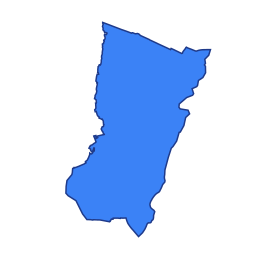 Maracineni, Arges, Romania (Albers equal-area conic projection), rotated 18°
{"feature_id": "2599482B86906431324144", "entity_name": "Maracineni", "entity_type": "district", "adm_level": 2, "iso_a3": "ROU", "parent_name": "Romania", "parent_adm1": "Arges", "projection": "albers", "projection_center": [24.868, 44.908], "detail": "fine", "context": "isolated", "style": "filled", "palette": "blue", "viewbox_px": 256, "rotation_deg": 18, "n_neighbors": 0, "source": "geoboundaries", "source_scale": "gbopen_adm2", "svg_char_len": 5326}
<svg xmlns="http://www.w3.org/2000/svg" viewBox="0 0 256 256"><g transform="rotate(18 128 128)"><path d="M182.2,28.0L178.8,29.1L174.8,30.5L173.2,31.2L171.5,32.1L170.2,33.0L169.3,33.7L168.4,33.9L164.3,33.6L160.1,33.4L158.5,33.1L158.2,33.7L158.0,34.7L157.6,35.9L157.1,37.2L156.7,38.5L156.6,39.0L156.6,39.6L156.6,40.2L156.8,40.7L156.7,40.6L156.3,40.5L155.9,40.5L154.2,40.3L152.0,40.0L151.4,39.9L149.8,39.7L147.8,39.4L144.4,39.0L144.2,40.3L142.6,40.1L141.1,39.9L130.1,38.6L129.6,38.5L128.8,38.4L123.1,37.7L122.2,37.6L121.4,37.5L121.0,37.3L111.3,36.2L109.4,35.3L108.5,35.2L107.8,35.2L107.2,35.5L106.4,35.9L105.9,36.1L105.2,36.1L104.6,36.1L103.6,36.0L102.9,36.0L102.4,36.2L102.3,36.4L102.1,36.7L97.5,36.5L93.2,36.4L91.8,36.4L78.0,35.7L71.3,35.4L71.5,36.1L71.8,36.4L72.3,37.0L72.3,37.4L72.3,38.4L72.4,39.2L72.4,39.5L72.7,39.7L72.9,39.9L73.5,40.9L73.8,42.2L74.5,42.9L75.0,43.0L75.6,43.4L75.8,43.5L76.3,44.5L76.5,44.6L77.3,44.1L77.9,44.0L78.6,44.1L78.8,44.5L78.7,45.2L78.4,46.0L77.3,46.1L77.0,46.2L76.8,46.4L76.8,46.7L77.1,47.2L77.1,47.6L77.9,48.3L78.3,49.2L78.6,50.2L78.5,50.7L78.2,51.3L77.8,51.8L77.9,52.4L78.5,52.5L78.6,52.8L78.4,52.9L78.5,53.1L78.5,53.5L78.4,54.2L78.5,54.8L78.6,55.3L78.3,55.6L78.0,55.7L77.7,56.0L77.8,56.3L78.0,57.0L78.4,57.6L78.7,58.2L78.6,58.8L78.7,59.1L79.3,60.0L79.6,60.7L79.7,61.3L79.8,62.0L80.0,63.3L80.3,64.6L80.6,65.1L80.6,65.6L80.7,66.1L80.6,66.8L80.6,67.5L80.9,68.8L81.1,69.1L81.3,69.4L81.6,70.1L81.6,71.7L82.2,73.5L82.3,74.1L82.3,74.9L82.4,75.6L82.2,76.7L81.2,76.7L81.0,77.2L81.1,77.8L80.9,78.7L80.6,79.0L80.8,79.6L81.2,81.6L81.8,83.4L82.0,84.6L82.7,84.6L83.4,86.0L82.1,86.4L82.1,87.2L82.2,88.9L82.9,93.0L83.0,93.3L84.0,93.8L84.3,94.5L84.9,94.4L85.1,95.2L84.9,95.5L85.3,95.9L85.4,96.6L85.4,97.1L85.7,100.2L86.0,100.7L86.0,101.3L86.2,101.6L86.4,101.9L86.7,102.1L87.0,103.0L87.0,103.3L87.0,103.6L87.1,104.4L87.2,104.8L87.1,105.1L87.0,105.5L86.8,106.3L86.7,107.4L86.9,108.1L87.1,108.5L87.0,108.9L87.1,110.4L87.7,110.4L88.1,110.9L89.0,111.1L89.4,112.0L89.7,112.7L89.8,112.9L89.9,113.1L90.1,113.5L90.1,114.2L89.5,114.4L90.0,115.5L90.2,116.0L90.3,116.5L90.6,117.1L91.0,118.1L91.2,118.8L91.3,119.6L91.2,120.0L90.8,120.6L90.7,121.0L90.9,121.3L91.8,122.7L92.1,122.5L92.5,122.3L92.7,122.1L93.2,122.8L93.6,123.5L94.3,124.5L94.9,125.3L95.3,125.7L96.4,126.3L96.9,126.3L97.5,127.6L97.9,127.6L98.0,127.4L98.7,127.6L99.6,127.7L99.8,127.8L100.2,127.9L100.6,127.5L100.9,127.8L101.2,128.1L101.7,128.3L102.2,128.9L102.8,130.0L102.8,130.3L103.0,130.8L103.3,131.3L103.5,131.7L103.7,132.0L103.7,132.3L104.0,132.3L104.0,132.7L104.0,133.1L104.2,133.8L104.0,134.3L103.9,134.5L103.5,134.6L103.1,134.8L103.0,135.4L103.0,136.0L102.9,136.7L102.8,137.2L102.9,137.3L103.2,137.7L103.5,137.9L103.8,138.3L104.1,138.6L104.5,139.0L105.0,139.3L105.5,139.6L105.6,140.0L106.1,140.6L107.2,141.2L107.4,141.5L106.6,142.0L105.9,142.4L103.1,144.1L102.1,144.7L101.0,145.4L101.4,145.8L101.8,146.2L102.2,146.5L101.1,147.7L100.2,146.1L100.1,145.9L100.0,145.7L99.7,145.1L97.9,146.2L98.3,146.8L99.1,147.6L99.9,148.6L101.1,150.1L101.4,150.5L101.9,151.1L101.6,151.7L101.3,152.2L101.1,152.5L100.4,153.2L99.5,154.6L99.1,155.2L98.2,155.7L97.9,156.5L97.6,157.4L97.4,157.3L97.1,159.3L98.9,159.6L99.0,159.9L99.1,160.3L99.5,160.8L100.1,161.4L100.5,161.8L100.8,161.8L101.0,161.8L101.4,161.3L101.7,159.7L101.6,157.9L101.6,157.6L102.2,157.5L103.0,160.2L102.6,160.3L102.2,160.5L102.2,161.1L102.1,161.9L102.0,162.7L101.8,163.0L101.6,163.6L101.1,164.0L100.5,164.1L99.4,163.7L99.8,165.4L99.5,169.2L99.4,169.6L99.3,170.1L99.3,170.6L99.2,170.9L99.1,171.2L98.8,171.8L98.4,172.4L97.9,172.9L97.9,173.4L98.0,173.5L98.8,174.1L98.0,175.0L97.3,175.9L97.0,176.1L95.3,177.6L93.4,179.3L92.6,180.0L92.4,180.1L91.2,181.1L90.1,181.9L88.9,182.3L89.1,182.7L88.1,183.5L87.9,183.6L88.4,185.9L88.7,187.0L88.9,188.1L89.0,189.7L86.2,196.8L87.2,202.6L89.1,209.2L92.0,210.9L101.0,213.2L111.4,223.8L117.2,227.8L120.5,226.8L123.0,226.4L123.1,226.1L123.9,225.8L127.5,224.8L129.4,224.2L130.6,224.0L139.3,222.9L139.3,222.4L139.9,222.3L140.3,219.8L141.9,219.4L141.7,218.4L142.2,218.2L144.5,217.4L146.7,216.7L147.2,216.7L147.3,216.7L148.2,216.4L148.7,216.3L148.7,215.9L151.3,215.2L151.5,215.1L153.9,214.2L155.4,216.4L156.2,217.4L157.4,218.8L158.9,220.0L160.4,221.1L162.4,222.5L163.9,223.3L171.6,228.0L174.2,223.1L175.3,219.1L175.7,216.1L175.8,213.5L176.1,212.9L176.6,211.9L177.4,211.7L178.2,211.4L178.7,211.1L179.0,210.7L179.1,210.2L179.2,209.2L179.2,208.5L179.8,208.0L180.1,207.2L180.1,206.4L180.0,205.6L179.8,204.7L179.5,203.8L179.4,203.5L179.3,202.2L179.3,201.2L179.3,199.9L179.3,199.3L178.9,199.0L178.1,198.3L177.2,198.0L176.1,197.6L175.3,197.3L174.4,196.8L173.8,196.3L173.3,195.4L172.7,194.6L172.4,193.8L172.3,193.0L172.3,191.1L172.5,189.9L172.7,189.2L172.9,187.8L173.4,186.0L174.0,184.3L174.5,183.1L175.1,182.0L176.1,180.6L177.1,179.6L177.7,178.2L177.8,177.2L178.0,176.0L178.2,174.6L178.3,173.5L178.4,171.8L178.5,171.0L179.1,169.5L179.7,168.1L179.5,166.7L178.3,164.8L177.7,163.3L177.3,161.0L176.1,156.5L175.4,143.5L175.4,133.8L176.5,131.7L178.3,125.4L178.0,116.3L179.0,115.7L180.4,108.4L179.6,100.2L182.2,95.5L179.6,92.5L171.7,93.7L170.0,92.5L169.3,89.3L174.4,80.9L177.1,78.7L179.3,76.9L179.8,75.1L176.8,70.8L180.5,67.5L181.0,66.1L180.3,61.0L183.6,56.9L184.7,51.5L182.6,45.4L181.2,44.4L181.7,42.6L179.8,38.9L182.3,33.9L182.2,28.0Z" fill="#3b82f6" stroke="#1e3a8a" stroke-width="1.5"/></g></svg>